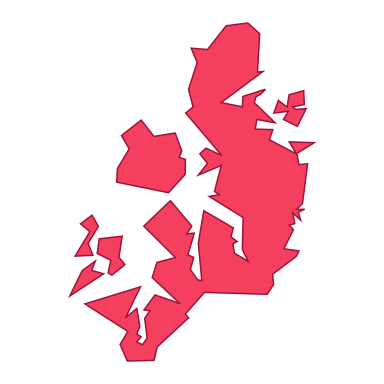 Øksnes nor, Nordland, Norway (Albers equal-area conic projection)
{"feature_id": "86288312B99132950125054", "entity_name": "Øksnes nor", "entity_type": "district", "adm_level": 2, "iso_a3": "NOR", "parent_name": "Norway", "parent_adm1": "Nordland", "projection": "albers", "projection_center": [15.043, 68.874], "detail": "medium", "context": "isolated", "style": "filled", "palette": "rose", "viewbox_px": 384, "rotation_deg": 0, "n_neighbors": 0, "source": "geoboundaries", "source_scale": "gbopen_adm2", "svg_char_len": 1904}
<svg xmlns="http://www.w3.org/2000/svg" viewBox="0 0 384 384"><path d="M188.6,317.8L185.3,314.0L204.5,292.4L267.3,294.3L273.7,284.2L272.5,274.4L296.3,256.3L298.9,250.9L283.9,248.8L293.4,229.7L289.3,225.1L294.8,223.6L292.8,212.9L300.6,220.2L298.3,212.3L304.7,209.2L296.6,209.5L302.5,203.4L307.6,163.8L298.9,164.6L296.9,153.4L314.2,142.7L289.3,141.8L296.3,153.9L269.3,139.7L272.9,129.6L255.3,129.1L256.8,119.5L275.0,122.7L254.3,102.6L256.0,96.8L260.3,94.5L265.0,89.9L264.6,89.5L242.9,96.4L242.3,106.8L221.2,102.6L262.9,71.5L257.5,72.1L259.7,33.7L247.8,23.0L226.2,25.7L207.5,49.5L191.2,48.2L197.2,62.5L188.5,89.5L193.1,107.0L185.7,113.0L221.8,155.6L205.9,148.1L199.8,153.9L207.5,163.4L198.4,175.0L221.2,165.5L214.5,191.5L219.3,194.7L209.2,196.4L243.1,217.5L242.3,249.3L248.3,261.5L234.4,253.1L232.9,243.8L237.2,241.5L231.0,236.9L233.3,227.9L203.8,210.7L198.3,243.2L201.8,280.5L197.7,279.9L190.4,269.5L193.7,257.4L187.9,254.8L194.3,233.1L186.8,233.9L191.8,226.1L170.4,200.7L143.8,226.1L175.4,257.6L156.9,262.4L152.2,277.6L180.1,303.7L155.0,294.9L144.0,310.0L149.9,310.8L144.7,318.3L147.1,338.0L142.5,344.7L136.7,342.0L141.2,336.8L136.7,333.9L139.9,326.4L136.8,308.5L125.5,317.8L140.5,286.8L84.9,303.9L127.8,331.4L120.1,344.5L127.3,361.0L154.0,360.4L157.2,346.9L188.6,317.8ZM141.2,120.1L121.5,135.5L129.2,148.9L117.4,168.6L116.7,182.2L168.5,192.7L185.2,174.4L185.4,159.4L179.2,157.4L181.8,151.0L175.2,133.0L153.9,136.4L141.2,120.1ZM122.2,236.2L99.3,238.8L97.2,253.5L110.8,260.2L108.1,272.9L111.9,275.2L125.0,264.6L118.9,257.3L122.2,236.2ZM303.7,90.7L289.1,94.7L287.1,107.1L278.4,100.4L273.8,113.1L288.3,111.3L283.5,119.5L297.4,126.3L306.2,108.6L295.8,109.4L292.9,106.8L304.3,104.5L303.7,90.7ZM95.3,261.1L82.2,270.6L69.8,296.0L103.6,273.8L91.7,270.4L95.3,261.1ZM92.1,215.2L80.5,223.8L89.9,231.6L75.1,256.1L92.9,255.3L88.1,243.3L98.4,226.4L92.1,215.2Z" fill="#f43f5e" stroke="#9f1239" stroke-width="1.5"/></svg>